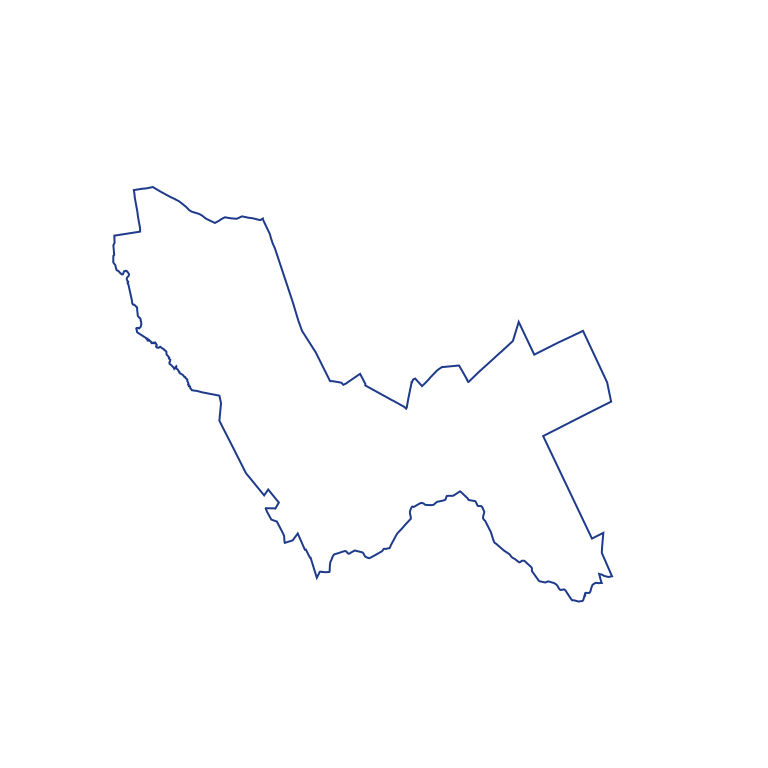 Blontu pag., Ciblas, Latvia (Robinson projection), rotated 66°
{"feature_id": "27541924B11369023113792", "entity_name": "Blontu pag.", "entity_type": "district", "adm_level": 2, "iso_a3": "LVA", "parent_name": "Latvia", "parent_adm1": "Ciblas", "projection": "robinson", "projection_center": [27.846, 56.653], "detail": "fine", "context": "isolated", "style": "outline", "palette": "blue", "viewbox_px": 768, "rotation_deg": 66, "n_neighbors": 0, "source": "geoboundaries", "source_scale": "gbopen_adm2", "svg_char_len": 6081}
<svg xmlns="http://www.w3.org/2000/svg" viewBox="0 0 768 768"><g transform="rotate(66 384 384)"><path d="M382.1,235.7L397.1,248.7L402.0,263.1L402.6,265.2L406.6,277.2L411.4,291.9L416.5,305.9L416.3,306.3L413.6,306.5L413.5,306.3L397.8,307.9L397.6,308.0L392.6,322.9L392.1,324.0L392.8,328.3L393.3,330.2L397.4,340.3L397.7,340.5L400.0,346.2L401.4,350.1L391.7,353.3L391.8,354.5L391.6,355.2L393.4,357.4L394.0,357.9L394.1,358.2L394.0,358.3L394.6,358.5L395.0,359.0L395.3,359.2L408.2,368.4L414.8,372.8L415.5,373.8L414.5,374.2L413.0,374.9L403.0,382.4L402.4,383.0L377.7,401.7L376.3,401.0L365.0,401.7L366.8,411.7L368.1,418.4L368.2,421.5L365.5,422.4L360.8,429.3L359.4,432.1L327.3,433.5L302.0,437.3L293.4,436.6L293.0,436.7L271.7,434.0L215.8,428.5L210.1,428.5L204.5,427.9L200.6,427.3L184.4,427.7L183.6,427.4L183.7,428.8L184.0,430.0L183.7,430.8L179.3,436.4L176.9,440.3L173.1,445.5L173.2,451.2L170.6,456.1L167.0,461.5L167.2,465.7L167.7,467.6L168.1,473.0L160.4,479.5L156.3,481.6L153.8,483.4L152.8,484.4L148.6,489.3L146.8,490.7L146.0,491.2L142.1,492.6L140.0,493.6L133.6,497.0L130.1,499.8L129.9,499.8L128.2,501.4L126.2,503.1L118.2,509.3L110.0,515.1L109.3,518.6L108.4,522.3L107.4,525.0L105.1,533.7L108.6,534.6L112.5,535.9L126.5,539.3L130.7,540.6L140.0,542.9L142.0,543.3L145.6,544.8L138.8,570.0L145.4,572.7L147.2,574.8L156.4,578.0L156.8,579.1L162.4,581.7L163.0,581.8L163.8,581.7L166.1,581.1L168.9,581.7L171.3,581.9L173.0,580.5L174.7,580.1L177.1,579.0L177.6,578.1L177.4,577.7L175.4,575.8L175.3,575.4L175.6,574.7L175.4,574.1L175.9,573.3L176.1,573.1L176.8,573.0L177.6,572.6L179.7,572.3L180.1,572.3L181.2,573.2L181.6,573.7L182.3,575.5L183.3,576.3L184.5,576.5L185.7,576.4L186.6,576.1L187.3,576.7L187.1,576.9L187.2,577.0L188.0,577.3L188.9,577.0L205.1,580.3L207.6,581.1L209.0,581.1L209.5,580.7L210.0,579.9L210.4,580.0L211.2,579.3L212.9,578.9L213.5,578.4L214.0,578.5L215.4,579.2L221.8,581.2L223.8,580.6L224.7,580.0L226.7,580.2L227.2,580.6L228.1,580.5L230.8,581.4L232.7,582.9L233.6,585.1L232.9,585.5L232.4,586.6L232.3,587.4L232.5,587.7L232.9,587.9L234.2,587.9L236.0,588.5L237.3,587.9L245.5,582.5L246.0,582.7L246.7,582.4L246.3,581.9L246.4,581.6L246.6,581.6L247.0,582.0L247.7,581.8L248.2,582.2L248.5,581.9L248.6,581.6L248.5,581.3L248.1,580.8L248.2,580.6L249.5,580.4L249.8,580.0L250.4,579.9L250.8,579.6L251.9,579.8L252.2,579.7L252.3,579.4L252.2,578.7L252.3,578.3L252.8,578.2L253.3,577.4L253.3,577.2L252.7,577.0L252.8,576.4L253.2,576.1L253.4,576.0L254.3,576.0L255.6,575.7L256.2,575.9L256.5,576.1L256.7,576.4L256.7,576.8L256.9,576.9L257.2,577.0L258.2,576.7L259.2,575.4L259.2,575.0L259.2,574.6L258.9,573.9L258.9,573.3L259.0,573.2L261.1,572.2L262.4,571.1L263.6,570.9L263.9,570.8L264.1,570.6L264.2,570.3L264.5,570.1L266.2,569.7L267.8,570.4L268.8,570.6L270.8,569.9L272.7,569.5L273.2,570.1L275.0,569.4L276.5,570.5L277.0,571.3L278.4,571.7L280.6,570.5L283.2,569.6L284.8,569.5L283.3,566.6L283.7,566.6L284.5,567.2L285.6,567.5L286.8,566.5L288.7,566.4L289.7,566.0L290.2,566.4L291.7,565.8L292.2,565.2L294.5,563.8L295.8,563.7L296.5,563.3L296.8,562.8L297.6,562.9L299.5,562.0L300.0,561.9L301.2,562.5L302.3,562.4L304.0,562.5L304.3,562.6L304.6,563.1L305.0,563.2L305.6,562.7L306.6,563.2L307.4,562.6L307.5,562.2L309.4,562.7L310.3,562.2L311.5,562.1L312.9,559.9L314.4,557.5L317.5,553.7L327.7,539.1L335.3,540.7L350.5,549.3L355.6,549.1L379.9,547.8L409.2,546.4L437.0,538.8L433.3,532.7L449.6,528.3L453.6,534.0L452.9,535.0L449.4,542.5L449.6,542.7L453.2,542.8L461.9,542.1L462.3,541.8L465.6,538.4L466.0,537.8L480.0,537.0L481.5,537.1L481.9,537.0L487.8,539.1L488.8,539.2L489.7,531.1L485.5,523.6L503.2,523.7L503.5,522.7L512.5,522.3L512.8,521.7L533.7,524.2L531.1,521.0L529.7,519.4L529.5,518.9L529.7,518.1L529.9,517.7L530.4,517.4L530.8,516.3L532.1,514.1L533.4,510.7L533.4,510.3L533.1,510.0L532.7,509.7L527.3,507.0L524.7,505.3L523.2,503.5L520.8,501.1L520.0,500.0L519.6,499.2L519.4,498.3L519.9,495.2L520.4,489.6L520.8,487.3L521.8,486.5L523.6,486.0L524.5,485.6L524.6,485.4L524.9,484.4L524.6,483.2L524.2,478.5L524.4,478.2L528.9,472.4L529.3,472.1L530.3,471.7L533.5,471.5L534.0,471.4L535.7,470.0L536.0,469.6L536.5,469.3L537.2,468.1L536.8,462.1L536.2,456.4L536.0,454.2L535.9,453.7L535.2,452.5L534.6,451.4L534.6,451.0L534.8,450.5L535.3,449.7L535.6,449.0L535.6,447.8L536.2,445.9L536.1,445.5L535.9,445.1L535.2,444.5L533.9,443.1L527.0,434.2L525.9,432.6L523.4,426.5L521.4,422.3L518.0,414.3L517.0,413.9L515.6,413.4L513.5,413.1L512.2,412.7L510.9,412.1L509.6,410.9L507.7,408.7L507.5,408.1L507.6,407.7L508.3,406.9L508.4,406.4L507.7,400.1L507.7,398.5L508.5,397.2L509.5,396.3L510.8,395.7L511.3,395.2L513.2,391.6L513.8,390.3L514.5,387.9L514.4,387.3L513.7,385.4L513.3,383.6L513.4,382.6L514.2,379.1L514.7,376.0L514.7,375.3L514.5,374.8L513.6,373.8L512.2,372.7L511.9,372.2L512.4,370.5L514.0,367.0L514.2,366.0L513.8,363.4L513.0,358.5L513.1,358.0L522.5,354.1L523.9,354.0L524.5,353.7L527.9,348.6L528.4,348.3L528.7,348.1L533.3,348.0L533.7,347.7L533.9,347.4L534.9,345.1L535.3,344.8L536.5,344.3L541.6,344.4L542.1,344.7L545.3,347.3L546.1,347.8L547.0,348.1L548.4,348.0L550.1,347.3L550.9,347.2L562.9,346.6L567.7,347.2L572.6,347.7L574.0,347.5L574.5,347.3L575.2,346.7L583.4,342.9L585.2,342.0L590.2,338.8L591.3,338.4L594.0,337.8L595.4,337.0L596.8,335.8L601.8,333.1L602.0,332.6L602.1,331.8L601.5,329.9L602.6,327.7L611.3,323.9L612.0,323.8L612.6,323.9L614.7,324.8L615.4,324.9L626.6,322.6L627.3,322.3L630.9,317.5L631.0,314.4L635.0,309.6L637.2,308.2L639.0,307.6L641.8,307.4L643.2,307.0L643.9,306.6L644.5,304.7L644.7,303.4L645.3,302.7L646.5,302.2L656.8,300.5L658.2,300.0L658.8,298.5L661.5,295.2L661.9,294.6L662.9,291.1L662.6,290.2L662.2,289.6L659.6,287.5L657.9,286.1L658.4,286.0L657.8,285.6L657.6,285.6L656.9,284.8L656.9,284.5L658.1,282.1L658.3,281.4L658.3,281.0L658.2,280.8L657.3,279.7L654.9,277.8L652.7,275.7L652.3,275.1L652.0,273.8L651.7,271.7L652.1,270.7L653.1,269.2L654.3,266.0L652.9,266.0L645.0,264.7L646.9,262.4L647.4,261.9L648.7,261.1L650.8,258.5L651.6,257.4L652.4,253.9L626.8,253.7L621.9,251.2L609.2,244.2L609.8,256.9L496.3,259.8L493.5,206.0L492.5,183.7L473.3,179.5L416.4,180.6L416.8,195.9L417.0,207.8L418.3,234.8L382.1,235.7Z" fill="none" stroke="#1e3a8a" stroke-width="2"/></g></svg>